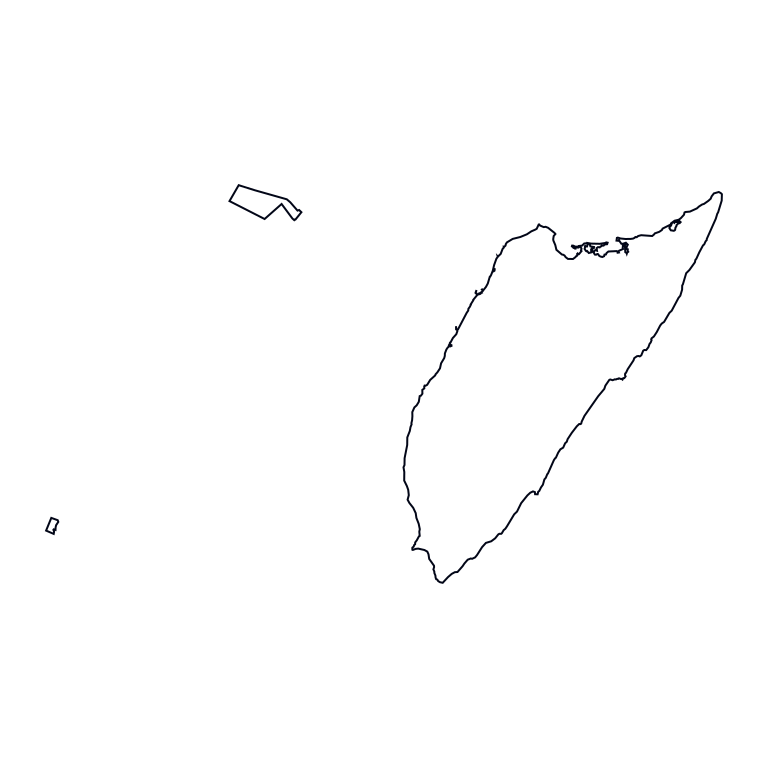 outline of Cozumel, Quintana Roo, Mexico
{"feature_id": "50627088B79233583938817", "entity_name": "Cozumel", "entity_type": "district", "adm_level": 2, "iso_a3": "MEX", "parent_name": "Mexico", "parent_adm1": "Quintana Roo", "projection": "robinson", "projection_center": [-86.9, 20.435], "detail": "fine", "context": "isolated", "style": "outline", "palette": "ink", "viewbox_px": 768, "rotation_deg": 0, "n_neighbors": 0, "source": "geoboundaries", "source_scale": "gbopen_adm2", "svg_char_len": 6106}
<svg xmlns="http://www.w3.org/2000/svg" viewBox="0 0 768 768"><path d="M706.8,238.9L715.8,218.7L717.3,213.7L718.1,212.4L721.7,200.6L721.9,194.2L720.8,193.1L718.8,192.0L713.9,193.4L711.6,196.4L710.7,198.7L708.4,200.8L704.0,203.9L702.1,204.5L699.0,206.5L696.9,208.4L689.9,211.6L685.4,212.0L684.5,212.5L684.0,214.7L681.0,218.0L679.4,219.3L676.0,221.1L676.2,222.0L677.5,222.2L678.2,221.9L678.7,222.3L679.6,221.2L680.6,222.1L679.6,223.2L678.7,223.0L676.5,225.2L676.3,226.4L675.5,227.5L675.1,229.9L674.6,230.4L673.8,230.8L670.8,230.3L669.4,228.1L669.5,227.3L671.1,225.5L671.9,223.1L673.7,222.1L674.4,222.8L675.9,220.4L674.6,220.7L671.0,223.4L670.9,224.2L670.1,224.8L662.6,228.6L661.9,230.0L659.3,231.8L654.8,233.4L654.0,234.5L652.2,236.0L641.2,235.2L638.2,236.0L636.7,237.2L635.4,237.0L634.5,237.9L633.0,238.6L630.8,238.9L625.5,239.0L620.6,238.5L617.8,237.6L616.9,237.9L616.5,240.6L618.4,240.8L619.1,239.4L619.1,240.5L621.4,243.8L623.1,243.7L625.9,242.7L627.8,244.7L627.0,246.2L626.3,248.5L626.4,248.9L627.8,249.3L627.6,251.0L628.2,251.8L627.1,252.7L626.8,253.6L626.6,253.0L625.3,252.2L624.9,245.5L625.7,244.1L624.9,243.9L622.9,245.5L623.3,246.5L622.8,246.8L622.7,247.6L623.0,249.0L619.1,250.7L618.4,251.4L618.9,252.5L617.6,252.7L617.4,251.5L616.8,251.1L608.4,251.5L606.6,253.0L605.9,254.5L604.5,254.6L604.1,256.2L602.3,257.0L600.4,256.5L599.3,255.9L598.0,254.1L597.3,254.0L596.1,254.7L594.9,254.6L594.1,253.4L593.8,251.6L595.3,250.1L597.0,250.7L596.6,248.1L598.0,247.1L599.7,247.4L600.4,246.6L601.3,246.3L601.6,245.6L603.6,245.6L604.6,244.5L607.1,244.2L607.6,242.7L606.2,242.4L605.8,242.9L599.8,243.8L591.1,243.6L587.6,243.0L587.7,243.4L589.7,244.2L590.4,246.4L594.0,247.0L593.9,248.0L592.4,248.8L591.6,248.7L591.1,249.5L591.2,250.7L592.3,250.4L592.5,251.0L592.0,252.2L588.8,253.0L587.1,251.0L586.5,251.3L585.9,250.9L584.6,248.9L585.1,247.2L584.9,246.2L585.2,245.9L585.8,246.4L587.0,246.5L587.6,244.6L587.2,243.2L584.2,243.5L582.1,245.6L579.6,245.9L581.2,248.0L581.5,248.7L581.0,250.5L581.5,251.1L578.9,254.2L578.1,254.3L577.6,253.5L577.1,254.0L577.4,255.1L576.9,255.9L575.9,256.4L575.5,257.1L573.0,259.0L567.9,258.9L565.6,257.1L564.6,255.6L563.4,254.8L561.9,254.5L556.4,249.8L555.3,245.1L553.4,240.6L553.2,239.2L553.7,236.0L555.4,234.0L554.4,232.8L548.1,227.8L545.6,226.8L543.7,227.1L540.2,225.6L539.1,224.4L538.7,224.5L536.7,228.8L535.1,229.7L531.4,231.3L526.9,234.3L520.3,237.0L512.7,238.9L506.9,242.4L505.8,244.1L505.5,245.6L503.9,247.1L503.9,246.9L503.7,246.8L503.7,247.7L502.6,248.9L500.7,253.9L497.9,256.6L497.7,256.4L497.8,256.8L496.4,258.7L494.1,265.1L492.8,270.7L493.7,270.3L494.2,268.9L494.7,269.1L494.5,270.7L493.5,271.4L492.6,271.2L491.1,275.0L490.2,276.6L489.8,276.7L487.8,283.5L485.9,287.0L483.1,290.5L482.1,289.4L481.9,289.6L483.0,290.5L482.4,291.2L482.5,291.4L481.2,292.9L481.0,292.4L480.7,292.6L481.1,292.9L480.4,293.1L480.7,293.2L480.2,293.7L479.4,293.7L479.6,294.1L478.7,294.4L477.5,294.7L475.7,292.9L476.5,290.0L475.5,292.9L477.4,294.8L473.2,299.9L473.3,300.3L470.7,304.4L470.9,304.6L469.9,306.7L468.4,308.8L468.2,310.6L466.7,312.8L458.0,329.4L457.3,329.8L456.3,329.3L456.0,326.2L456.1,329.4L457.1,329.9L457.4,331.0L456.3,334.2L452.9,338.0L450.4,342.7L450.0,342.7L449.7,343.4L450.2,344.9L451.4,345.1L451.5,345.9L450.5,346.3L449.9,345.2L448.9,345.2L448.6,346.9L447.8,347.4L446.4,349.5L444.9,353.4L444.8,355.9L444.2,358.1L441.1,363.3L440.0,368.3L437.4,372.3L435.5,374.4L435.2,375.4L430.2,379.9L427.2,384.8L425.4,385.8L424.6,385.6L424.2,386.6L424.3,388.4L422.3,389.9L422.4,393.7L420.9,395.7L419.7,396.1L418.8,401.8L416.7,405.3L414.4,407.4L412.3,412.1L412.4,416.2L412.1,420.2L411.4,423.2L411.6,424.3L410.5,427.1L409.8,431.0L407.3,437.4L407.2,445.0L404.6,458.2L404.5,465.0L403.5,467.3L404.3,472.0L404.2,480.6L406.9,486.1L408.2,489.8L408.8,495.2L407.6,499.7L409.4,503.0L413.2,507.8L415.7,513.1L416.4,517.9L418.7,523.8L419.8,529.2L419.3,531.7L419.7,535.9L418.9,536.4L416.8,540.3L415.2,542.4L415.1,544.3L414.1,545.1L413.7,546.6L412.4,547.6L412.3,549.2L412.5,549.9L413.0,549.9L415.6,548.9L418.2,548.6L424.4,550.0L427.3,551.6L428.5,554.3L429.2,558.9L434.0,565.7L434.1,567.1L433.4,569.4L434.3,571.5L434.4,573.1L435.4,575.5L435.6,577.6L436.2,579.2L437.3,579.6L438.2,581.1L440.0,582.2L442.7,582.8L448.0,577.1L451.7,573.9L454.8,572.2L457.5,572.0L462.6,566.2L464.4,563.5L467.7,559.7L470.8,558.5L472.1,558.8L475.1,557.4L477.0,555.1L482.1,547.1L485.9,542.9L491.2,541.3L495.2,538.3L498.3,534.4L499.3,533.8L501.2,533.8L501.8,533.3L503.7,530.1L505.3,528.8L507.0,526.3L514.2,514.3L517.0,511.6L521.2,503.1L527.4,495.4L530.3,492.7L533.0,491.4L534.9,492.1L535.1,494.2L537.6,494.3L538.2,491.8L539.3,490.9L541.0,487.4L542.9,484.7L544.4,479.4L545.8,477.8L547.3,474.1L547.9,473.6L553.9,460.1L555.1,458.3L555.9,457.7L558.2,452.6L560.4,449.3L563.2,447.6L565.1,443.3L566.8,441.7L567.6,439.2L571.8,432.8L576.8,426.3L579.2,424.0L580.5,424.1L581.2,423.6L581.7,421.6L584.5,415.8L598.2,396.2L604.3,388.9L605.4,385.6L609.3,379.9L610.2,379.5L612.7,380.2L614.9,379.3L615.9,379.5L617.3,378.8L618.2,378.9L619.0,378.3L620.9,379.0L621.6,378.9L622.5,379.6L623.3,378.1L624.3,378.1L625.6,376.4L625.0,375.1L625.2,373.5L626.0,372.8L627.7,369.2L633.5,360.4L634.3,358.1L637.0,356.2L638.6,356.0L639.8,356.4L641.3,355.3L643.2,350.7L644.3,350.0L646.2,350.1L648.4,347.2L649.6,343.8L650.7,342.5L651.6,340.1L651.2,339.3L651.6,338.3L653.9,336.5L656.8,332.0L660.2,325.5L661.7,323.6L664.1,321.9L669.4,312.9L671.7,310.7L678.5,297.9L680.3,295.7L682.1,289.7L682.2,285.5L682.9,284.3L686.2,273.2L689.4,270.0L694.9,262.3L695.4,259.9L696.4,258.7L699.3,252.3L703.0,245.4L704.2,244.4L705.6,241.3L706.7,240.1L706.8,238.9ZM301.4,212.2L299.1,210.0L297.5,210.6L290.3,202.3L286.8,199.3L255.0,190.3L238.7,185.2L229.5,201.1L264.6,219.0L281.6,204.0L292.4,218.5L294.2,220.1L294.7,219.5L295.4,219.6L301.4,212.2ZM53.7,533.9L54.1,531.7L53.4,529.8L53.8,529.3L55.5,529.9L55.6,527.5L56.1,525.2L58.3,521.9L57.7,520.2L51.3,517.9L46.1,530.6L53.7,533.9ZM573.1,245.6L572.1,245.6L571.9,246.4L572.6,246.7L573.5,247.9L575.0,248.1L575.1,248.6L575.5,248.6L575.6,247.5L578.6,247.5L579.2,246.8L579.1,246.5L575.5,246.7L573.1,245.6Z" fill="none" stroke="#020617" stroke-width="2"/></svg>